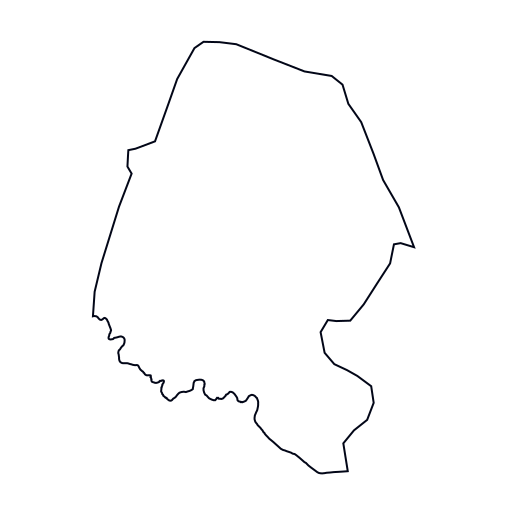 Nicolich, Canelones, Uruguay, rotated 277°
{"feature_id": "84410073B10990004247606", "entity_name": "Nicolich", "entity_type": "district", "adm_level": 2, "iso_a3": "URY", "parent_name": "Uruguay", "parent_adm1": "Canelones", "projection": "orthographic", "projection_center": [-56.036, -34.803], "detail": "fine", "context": "isolated", "style": "outline", "palette": "ink", "viewbox_px": 512, "rotation_deg": 277, "n_neighbors": 0, "source": "geoboundaries", "source_scale": "gbopen_adm2", "svg_char_len": 4932}
<svg xmlns="http://www.w3.org/2000/svg" viewBox="0 0 512 512"><g transform="rotate(277 256 256)"><path d="M284.0,411.8L321.7,391.9L346.9,372.9L371.6,360.3L401.7,344.1L418.3,329.1L436.6,321.0L443.9,309.2L445.1,281.6L453.3,249.6L463.8,210.6L463.8,193.6L462.2,177.8L454.9,169.6L422.1,156.2L395.8,150.4L357.5,141.8L347.8,123.3L345.5,116.4L340.4,116.7L329.1,117.5L322.6,122.5L288.2,114.0L230.1,103.5L200.9,100.2L176.3,101.5L176.7,102.5L176.7,103.8L176.7,104.8L176.5,105.3L175.9,106.4L175.1,107.1L174.3,108.1L173.8,108.9L173.7,109.5L173.7,110.3L174.0,110.8L174.6,111.5L175.1,112.0L175.5,112.3L175.9,112.8L176.1,113.4L175.9,114.1L175.5,114.8L174.8,115.7L174.2,116.1L173.3,116.6L172.6,117.2L171.6,117.8L170.7,118.1L169.8,118.6L168.8,119.1L168.4,119.4L167.5,119.8L166.9,120.2L166.0,120.6L165.2,121.0L164.5,121.2L163.9,121.1L163.1,120.8L162.2,120.8L161.6,120.6L161.0,120.2L160.4,120.0L159.3,120.0L158.3,119.8L157.6,119.6L156.9,119.6L156.1,119.8L155.7,120.2L155.5,120.8L155.4,121.7L155.7,122.8L156.1,124.1L156.4,124.5L156.8,124.8L157.2,125.0L157.5,125.4L157.7,126.2L158.0,127.1L158.4,128.2L158.9,129.3L159.3,130.2L159.5,131.0L159.7,131.5L159.7,132.2L159.4,133.4L159.1,134.1L158.7,134.7L158.2,135.1L157.5,135.6L156.9,135.8L156.2,135.9L154.3,136.0L153.0,135.8L152.0,135.5L151.1,135.2L150.7,134.7L150.0,134.1L148.9,133.4L148.0,132.9L147.0,132.5L146.3,132.0L145.7,131.4L144.9,131.2L143.8,131.1L142.9,131.1L142.2,131.4L141.5,131.7L140.7,131.9L139.5,132.2L138.4,132.5L137.3,132.6L136.0,133.0L134.9,133.6L134.2,134.3L133.9,134.8L133.4,136.2L133.4,137.3L133.6,138.9L133.8,140.4L133.9,141.6L133.8,142.3L133.6,143.2L133.4,144.3L133.3,145.5L133.0,146.8L132.9,148.3L132.9,149.4L133.1,150.2L133.2,150.9L133.2,151.6L133.1,152.0L132.5,152.7L131.6,153.3L130.8,153.8L130.0,154.4L129.3,155.0L128.8,155.6L128.4,156.3L127.9,156.9L127.6,157.6L127.2,158.2L126.5,158.6L126.3,159.2L125.8,159.6L125.1,160.1L124.8,160.6L124.5,161.2L124.3,161.9L124.3,162.7L124.5,163.4L124.6,164.2L124.6,164.8L124.7,165.4L124.6,166.0L124.0,166.3L123.6,166.2L123.2,166.3L122.9,166.1L122.6,166.5L121.8,166.8L120.9,167.3L120.6,167.1L119.9,167.3L119.2,167.6L118.8,167.8L118.4,168.3L118.3,168.8L118.1,169.8L118.0,170.6L117.8,171.2L117.9,172.2L118.0,172.8L118.3,173.5L118.7,174.4L119.0,174.9L119.4,175.4L119.8,175.4L120.4,176.0L120.4,177.0L120.9,177.5L121.0,178.1L121.3,178.7L121.2,179.1L121.1,179.4L120.6,179.6L120.6,179.8L120.1,179.9L119.6,179.8L118.9,179.7L118.3,179.3L117.7,179.1L117.1,178.7L116.1,178.8L115.2,178.5L114.7,178.4L114.3,178.3L113.9,178.4L113.5,178.1L112.7,178.3L111.4,178.3L110.7,178.3L109.9,178.4L109.4,178.8L108.3,179.6L107.5,179.8L106.9,180.7L106.0,181.0L105.5,181.9L104.9,182.8L104.4,184.0L104.2,183.8L103.8,184.6L102.9,185.9L102.4,186.8L102.1,187.3L102.0,187.9L101.9,188.5L102.2,189.5L102.8,190.2L103.7,190.8L104.3,191.2L105.4,192.6L106.5,193.6L108.3,194.6L109.9,195.7L111.0,196.7L111.9,198.6L112.5,200.9L112.4,203.0L113.2,204.6L114.0,206.5L115.1,208.3L116.2,209.5L117.8,209.5L118.8,209.6L120.6,209.6L122.5,209.6L124.4,210.2L125.5,211.7L126.1,213.9L126.4,215.1L126.5,216.9L126.2,218.4L125.2,219.8L123.7,220.3L122.7,220.7L122.1,220.4L120.6,220.6L119.3,220.3L118.4,220.0L116.3,220.3L114.3,221.1L112.2,222.4L111.5,224.0L110.4,225.2L109.1,226.7L108.6,228.0L108.0,229.9L107.7,231.7L107.9,233.1L109.1,233.9L110.5,234.6L110.5,235.1L110.6,235.7L110.2,235.9L109.9,236.1L109.8,236.5L109.9,237.5L109.9,239.2L110.7,240.7L112.0,241.7L113.8,243.0L114.3,243.0L114.8,243.3L115.2,244.2L116.0,245.1L117.1,245.9L117.9,246.4L118.1,247.3L118.1,248.3L117.8,249.5L117.2,250.4L116.4,251.5L115.1,252.7L113.9,253.8L112.6,254.7L110.7,255.2L110.0,255.9L109.6,256.7L109.5,258.1L109.1,258.5L109.4,259.3L109.1,260.0L109.5,260.5L109.5,260.9L110.2,262.2L111.0,263.5L112.2,264.2L113.2,264.7L114.2,265.2L114.5,265.3L115.2,265.7L115.7,265.8L116.2,266.2L116.5,266.7L117.2,267.7L117.6,268.5L117.7,269.5L117.5,270.5L117.0,271.8L116.4,272.6L115.6,273.4L115.2,274.2L114.0,274.8L112.7,275.5L111.6,275.9L111.1,276.0L109.7,276.1L108.4,276.3L106.7,276.3L105.6,276.2L104.3,276.1L103.2,276.0L102.0,275.6L100.9,275.2L99.7,274.9L98.7,274.6L97.6,274.3L96.3,274.3L95.0,274.3L93.7,274.5L92.5,275.0L91.4,275.5L90.4,276.4L89.5,277.4L88.3,278.3L87.0,280.0L85.9,281.4L84.9,282.3L83.7,283.7L81.9,285.0L81.6,285.8L80.6,286.4L79.3,287.8L77.8,289.7L76.3,291.4L76.1,291.7L75.0,293.5L73.4,296.0L71.5,298.7L69.7,301.3L67.7,304.1L66.8,306.4L66.5,308.5L66.0,310.2L65.5,312.8L65.1,314.7L64.5,316.0L64.2,317.0L64.2,318.4L63.3,320.1L61.0,323.8L58.9,326.9L57.3,329.2L56.7,330.8L54.5,333.5L52.7,336.5L50.5,340.4L48.9,343.2L48.3,344.9L48.2,346.8L48.3,348.2L48.8,350.4L49.5,352.7L50.1,355.8L51.0,359.6L51.8,364.1L52.5,367.8L53.4,372.4L53.6,373.3L68.5,369.0L80.7,365.5L94.9,374.5L106.9,386.3L124.6,390.7L140.8,386.2L149.3,371.2L153.8,360.3L158.2,346.9L168.3,335.9L188.3,329.4L201.2,335.1L201.2,343.6L203.3,357.4L221.1,368.8L243.0,379.3L265.0,390.0L284.4,391.5L286.4,398.0L284.0,411.8Z" fill="none" stroke="#020617" stroke-width="2"/></g></svg>